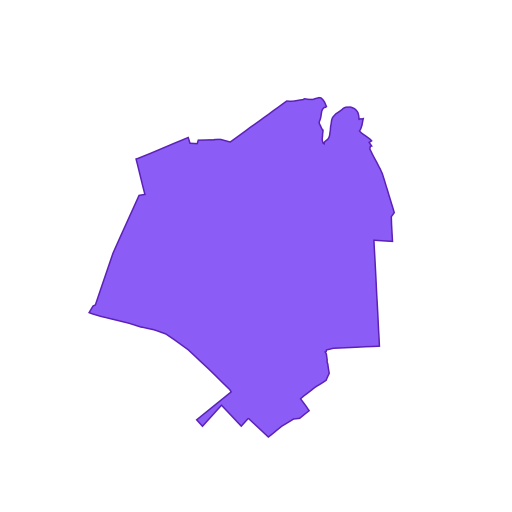 outline of Beba Veche, Timis, Romania, rotated 117°
{"feature_id": "2599482B62831651771343", "entity_name": "Beba Veche", "entity_type": "district", "adm_level": 2, "iso_a3": "ROU", "parent_name": "Romania", "parent_adm1": "Timis", "projection": "natural_earth1", "projection_center": [20.316, 46.114], "detail": "fine", "context": "isolated", "style": "filled", "palette": "violet", "viewbox_px": 512, "rotation_deg": 117, "n_neighbors": 0, "source": "geoboundaries", "source_scale": "gbopen_adm2", "svg_char_len": 3441}
<svg xmlns="http://www.w3.org/2000/svg" viewBox="0 0 512 512"><g transform="rotate(117 256 256)"><path d="M411.7,162.8L407.0,160.6L403.2,159.0L399.4,157.3L395.8,155.7L395.3,155.4L391.0,152.7L387.6,150.6L384.0,148.4L383.9,148.1L382.3,145.6L380.8,143.4L376.2,141.4L372.4,139.7L369.9,138.5L369.6,138.5L368.9,140.0L367.6,142.3L366.7,144.0L365.8,145.8L365.0,147.4L363.0,151.5L358.8,149.8L355.2,148.0L351.0,146.0L346.6,144.0L344.1,142.6L341.8,141.1L338.5,139.1L334.9,137.1L332.4,137.3L327.3,137.5L323.1,140.6L319.4,143.2L318.5,144.3L318.0,144.6L316.3,145.4L311.4,148.8L310.1,150.8L309.3,150.1L307.8,150.6L303.1,145.2L298.9,137.8L295.0,130.9L291.0,123.9L287.2,117.4L283.3,110.3L280.3,105.1L274.5,108.4L266.6,113.0L259.1,117.3L250.9,122.0L243.3,126.4L235.1,131.2L226.7,136.0L218.5,140.7L210.7,145.2L201.9,150.3L194.0,154.9L188.4,158.1L184.5,149.0L181.0,141.0L173.5,145.4L165.9,149.8L159.5,153.3L154.6,152.5L151.1,155.8L147.2,159.6L141.2,165.4L137.7,168.7L134.7,171.7L130.6,175.6L125.3,180.8L123.5,183.1L122.0,184.9L120.7,186.9L120.1,187.7L118.1,190.4L114.0,196.4L112.2,198.9L111.0,200.4L109.0,203.2L106.3,203.9L105.5,202.9L103.4,206.8L100.9,205.3L100.2,207.1L99.7,209.9L99.2,213.1L98.8,216.3L98.5,217.9L97.7,220.5L95.2,220.4L93.7,220.6L91.2,221.0L86.5,222.4L84.9,222.8L85.6,223.6L86.1,224.5L86.6,225.5L87.4,226.2L84.6,228.0L82.9,229.4L82.0,230.3L81.3,231.4L81.1,231.8L80.4,233.5L80.1,234.8L80.0,235.5L80.1,236.8L80.1,237.8L80.3,238.8L80.4,239.4L81.2,241.0L81.6,241.6L82.4,243.2L83.0,243.8L83.7,244.5L85.3,245.5L85.8,245.6L86.4,245.8L88.0,246.6L88.4,246.8L91.4,248.4L92.0,248.8L93.1,249.4L97.1,250.5L98.7,250.6L100.3,250.3L101.3,250.1L102.9,249.5L104.6,248.9L106.5,248.4L107.2,248.1L108.8,247.5L109.3,247.2L110.9,246.6L112.3,246.2L113.8,245.6L115.9,245.0L117.3,244.9L118.4,244.9L119.9,245.2L120.8,245.8L121.6,246.0L122.3,246.4L123.4,246.7L123.7,246.7L125.1,246.2L125.0,247.4L124.6,247.9L123.1,249.2L122.5,249.7L121.5,250.2L119.1,251.1L117.1,252.0L115.8,252.5L115.4,252.6L113.5,253.4L113.7,253.8L113.0,254.7L112.8,254.9L111.9,256.3L111.5,256.6L111.1,257.4L110.7,257.6L109.7,259.1L108.7,260.2L108.2,260.3L106.9,260.7L105.8,260.7L104.3,261.0L102.8,261.3L101.4,261.8L100.5,262.1L99.6,262.4L97.0,263.2L95.1,263.3L94.5,263.2L92.9,262.7L92.5,262.3L91.9,261.5L90.8,261.1L90.2,261.9L88.5,263.9L87.8,264.7L86.6,266.9L86.3,267.6L85.7,269.6L85.8,270.5L86.1,271.3L86.5,272.1L87.1,272.6L88.8,274.6L90.7,276.4L91.6,278.3L92.6,280.3L93.9,284.2L95.3,285.1L97.2,287.8L101.0,292.9L101.8,294.3L102.6,295.7L104.0,299.0L108.3,301.2L113.7,303.9L118.8,306.6L124.0,309.1L128.9,311.7L133.9,314.2L139.1,316.9L144.1,319.6L149.7,322.3L154.8,324.9L160.5,327.8L166.1,330.7L166.3,331.4L167.9,339.2L168.2,340.5L169.3,342.7L171.2,346.0L171.6,346.1L174.0,350.8L176.5,355.3L179.0,360.0L182.6,359.4L184.2,363.0L185.5,366.0L181.2,370.2L185.2,373.6L188.7,376.6L193.0,380.3L197.8,384.3L202.8,388.5L207.8,392.7L212.3,396.5L217.6,401.1L222.8,405.6L224.0,406.9L224.6,406.4L228.1,403.3L245.5,388.3L250.8,383.6L251.6,382.9L251.8,383.3L255.1,387.7L300.9,385.6L318.4,384.7L351.2,380.0L372.5,376.9L374.6,378.5L382.2,379.0L382.1,377.6L381.8,375.4L380.3,367.1L376.7,352.0L373.6,338.8L371.5,325.9L371.3,325.8L368.0,313.2L366.4,300.9L367.6,291.4L370.3,273.9L375.3,256.8L377.8,248.0L380.8,238.3L384.3,227.4L386.9,218.9L388.3,216.4L428.9,234.5L432.0,226.4L404.6,219.0L414.3,191.9L404.7,189.3L404.4,189.1L404.3,188.9L404.3,188.4L411.7,162.8Z" fill="#8b5cf6" stroke="#5b21b6" stroke-width="1.5"/></g></svg>